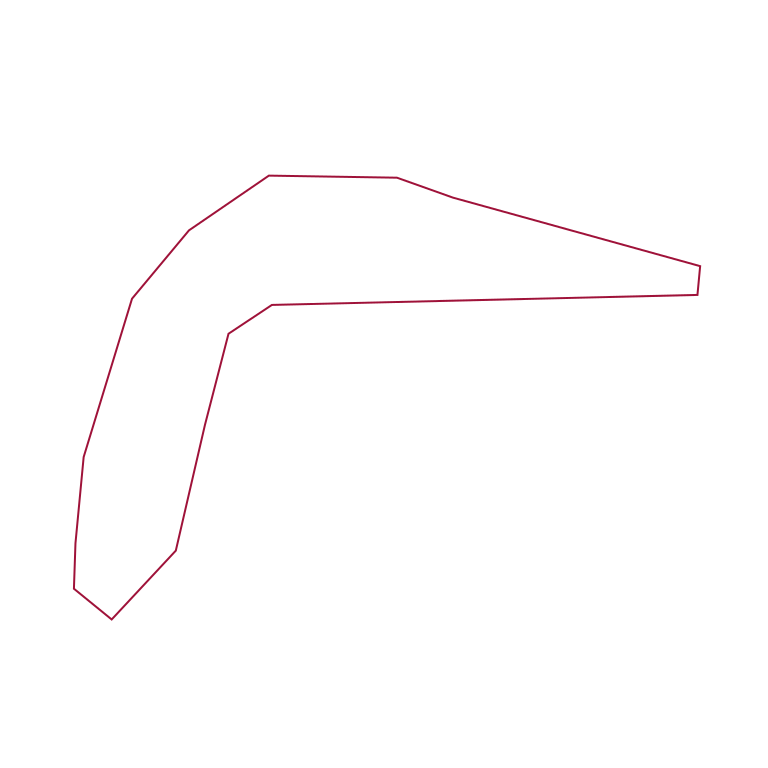 the border of Malé, rotated 176°
{"feature_id": "MDV-5234", "entity_name": "Malé", "entity_type": "Capital", "adm_level": 1, "iso_a3": "MDV", "parent_name": "Maldives", "parent_adm1": "", "projection": "albers", "projection_center": [73.515, 4.203], "detail": "fine", "context": "isolated", "style": "outline", "palette": "rose", "viewbox_px": 768, "rotation_deg": 176, "n_neighbors": 0, "source": "natural_earth", "source_scale": "10m", "svg_char_len": 356}
<svg xmlns="http://www.w3.org/2000/svg" viewBox="0 0 768 768"><g transform="rotate(176 384 384)"><path d="M672.1,168.1L707.6,201.4L702.9,246.6L688.7,332.1L629.4,486.7L567.8,550.9L484.3,599.9L356.7,588.9L302.2,565.1L60.4,479.5L65.1,451.0L490.3,470.7L535.6,445.0L565.4,355.9L603.3,232.3L672.1,168.1Z" fill="none" stroke="#9f1239" stroke-width="2"/></g></svg>